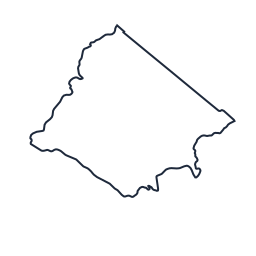 SVG path tracing the border of Upper West, rotated 40°
{"feature_id": "GHA-2157", "entity_name": "Upper West", "entity_type": "Region", "adm_level": 1, "iso_a3": "GHA", "parent_name": "Ghana", "parent_adm1": "", "projection": "mercator", "projection_center": [-2.051, 10.34], "detail": "fine", "context": "isolated", "style": "outline", "palette": "slate", "viewbox_px": 256, "rotation_deg": 40, "n_neighbors": 0, "source": "natural_earth", "source_scale": "10m", "svg_char_len": 3810}
<svg xmlns="http://www.w3.org/2000/svg" viewBox="0 0 256 256"><g transform="rotate(40 128 128)"><path d="M190.3,53.3L203.8,53.7L205.1,54.2L203.0,59.0L202.5,61.1L202.7,62.8L202.6,64.3L202.4,65.1L202.0,65.9L201.8,66.5L201.9,67.2L202.0,67.8L202.0,72.3L201.6,73.1L201.1,73.5L200.5,73.7L200.0,74.0L199.7,74.4L198.1,75.5L197.3,76.6L197.1,77.6L197.0,78.9L196.9,79.6L196.8,80.0L195.3,81.4L193.8,83.2L193.2,83.6L192.2,84.1L191.5,84.5L190.8,85.0L189.8,86.2L189.4,87.1L189.1,88.1L188.6,91.2L188.6,92.2L188.7,93.0L189.2,94.0L189.4,94.5L190.0,98.4L190.1,98.9L190.3,99.5L190.6,100.0L191.0,101.0L191.3,101.5L191.7,101.8L192.4,101.9L193.0,101.9L193.7,102.0L194.2,102.2L194.5,102.6L194.8,103.1L195.0,103.7L195.2,104.2L195.6,104.5L196.2,104.7L196.5,105.0L196.9,105.3L197.3,105.9L197.6,106.3L198.2,106.5L199.4,106.6L200.0,106.8L201.5,107.5L201.9,107.9L202.2,108.7L202.1,109.4L201.9,110.4L202.0,111.0L202.4,112.1L202.6,112.6L203.0,113.0L203.8,113.6L204.7,114.2L205.8,115.2L206.1,115.3L206.3,115.3L206.6,115.2L207.0,114.9L208.0,113.7L208.4,113.4L209.0,113.3L209.6,113.4L210.6,113.8L211.1,114.4L211.5,115.4L212.1,117.3L212.4,119.5L212.2,121.3L212.1,121.9L211.3,122.6L207.9,121.5L204.0,119.4L201.7,118.5L200.3,118.4L199.5,118.4L198.8,118.5L198.0,118.7L197.5,119.0L197.1,119.3L195.7,121.2L193.6,125.2L192.9,126.1L191.4,127.6L187.1,130.8L185.8,132.1L184.8,133.6L184.2,134.7L183.9,135.3L183.7,136.6L183.4,140.8L183.3,141.5L183.0,142.2L181.3,145.4L181.0,146.1L181.0,146.8L181.6,147.6L189.8,154.9L190.6,155.8L191.1,156.6L190.8,157.2L190.4,157.6L189.2,158.0L187.9,158.7L187.4,158.8L186.9,158.9L186.2,158.9L185.6,158.8L184.5,158.4L184.0,158.3L183.5,158.4L183.0,158.5L181.6,158.7L181.0,159.0L180.8,159.3L181.1,159.6L182.9,160.0L183.4,160.4L183.7,160.8L183.6,161.6L183.3,162.1L182.7,162.3L182.1,162.3L181.4,162.2L180.8,162.2L180.2,162.2L178.8,163.0L178.1,163.2L177.2,163.6L176.7,164.1L176.4,164.5L176.2,165.0L175.7,166.2L175.7,166.8L175.8,168.7L175.8,169.2L175.8,169.8L176.0,170.3L176.9,171.6L177.0,172.2L177.1,172.8L177.1,173.6L176.9,174.5L176.5,175.7L176.3,176.9L176.0,177.5L175.6,178.0L175.1,178.3L172.6,179.0L171.6,179.7L170.9,180.6L170.0,182.1L169.4,182.7L168.7,183.1L166.1,183.2L160.2,182.4L159.8,182.4L158.0,182.7L156.7,182.9L149.8,182.4L135.8,185.5L131.8,185.7L129.2,185.3L127.9,185.0L125.1,184.8L123.6,184.8L122.4,185.0L118.9,186.0L118.3,186.1L108.8,185.4L108.2,185.5L98.2,188.6L97.0,188.8L91.6,188.8L90.0,189.1L88.4,189.6L87.5,190.0L86.9,190.4L86.5,190.7L85.9,191.6L85.6,192.1L85.0,194.1L84.4,195.0L83.9,195.4L83.1,195.7L81.2,196.2L80.5,196.5L80.0,196.9L79.7,197.4L79.0,198.4L78.5,199.1L77.6,200.1L76.8,200.7L76.0,201.0L63.9,202.7L63.1,202.1L62.7,201.1L62.6,200.1L62.0,199.2L61.1,198.7L60.5,198.8L59.9,198.7L59.1,197.7L58.3,195.5L58.7,193.2L60.5,189.6L64.2,185.4L64.9,184.3L64.6,183.2L62.0,179.1L61.6,176.4L62.6,171.4L62.7,168.7L62.0,166.7L59.6,163.0L59.1,160.8L59.1,155.0L59.1,151.5L57.9,146.6L58.0,144.4L59.4,142.2L61.6,140.5L62.4,139.5L62.7,138.1L62.6,136.7L62.3,136.1L61.6,135.8L60.5,135.1L59.5,134.7L58.6,134.8L57.9,134.5L57.6,133.3L57.2,132.5L56.3,132.3L55.2,132.2L54.3,131.8L53.4,130.0L53.4,127.7L53.9,125.5L54.7,123.9L55.4,122.9L56.3,122.2L57.3,121.9L58.7,121.7L59.9,121.3L60.8,120.3L61.3,119.2L60.9,118.8L58.3,118.7L56.5,118.4L55.2,117.7L51.4,114.4L50.6,113.0L50.3,110.9L50.0,110.4L48.5,108.9L48.0,108.3L47.7,107.2L47.6,104.9L47.3,103.9L44.1,98.1L43.6,96.0L43.9,95.0L45.4,92.4L46.0,90.6L46.3,90.2L46.6,89.7L46.6,89.0L46.3,88.5L45.8,88.3L45.3,88.2L45.1,88.2L45.0,87.7L44.7,86.6L45.1,85.9L46.2,84.8L46.8,83.8L47.2,81.3L49.0,78.3L50.2,73.3L50.9,71.0L52.4,69.3L54.1,68.0L55.5,66.4L56.1,63.9L55.5,61.8L54.3,59.9L53.7,57.8L54.0,57.0L53.8,56.4L63.1,56.6L63.1,57.7L65.4,57.7L75.5,57.6L96.4,57.4L122.3,57.1L146.3,56.9L169.8,56.7L186.4,56.5L187.6,55.8L188.4,53.9L190.3,53.3Z" fill="none" stroke="#1e293b" stroke-width="2"/></g></svg>